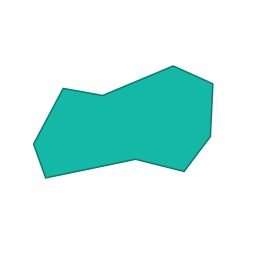 the state/province of Gżira, rotated 156°
{"feature_id": "MLT-5938", "entity_name": "Gżira", "entity_type": "state/province", "adm_level": 1, "iso_a3": "MLT", "parent_name": "Malta", "parent_adm1": "", "projection": "mercator", "projection_center": [14.498, 35.901], "detail": "fine", "context": "isolated", "style": "filled", "palette": "teal", "viewbox_px": 256, "rotation_deg": 156, "n_neighbors": 0, "source": "natural_earth", "source_scale": "10m", "svg_char_len": 284}
<svg xmlns="http://www.w3.org/2000/svg" viewBox="0 0 256 256"><g transform="rotate(156 128 128)"><path d="M220.8,151.7L171.1,190.5L137.9,168.0L61.5,166.3L32.5,133.8L56.2,86.7L94.4,65.5L133.9,96.4L223.5,115.9L220.8,151.7Z" fill="#14b8a6" stroke="#0f766e" stroke-width="1.5"/></g></svg>